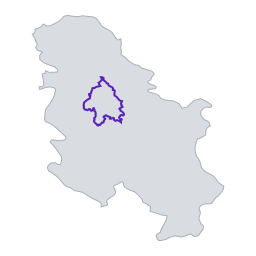 Grad Beograd highlighted on a map of Republic of Serbia
{"feature_id": "SRB-836", "entity_name": "Grad Beograd", "entity_type": "City", "adm_level": 1, "iso_a3": "SRB", "parent_name": "Republic of Serbia", "parent_adm1": "", "projection": "robinson", "projection_center": [20.4, 44.661], "detail": "fine", "context": "in_parent", "style": "outline", "palette": "violet", "viewbox_px": 256, "rotation_deg": 0, "n_neighbors": 0, "source": "natural_earth", "source_scale": "10m", "svg_char_len": 7786}
<svg xmlns="http://www.w3.org/2000/svg" viewBox="0 0 256 256"><path d="M148.1,91.8L155.6,93.9L159.1,95.9L160.9,98.5L165.7,100.2L173.5,101.0L179.0,103.7L182.1,108.2L187.0,107.1L193.9,100.5L200.7,98.7L207.4,101.9L211.0,104.5L211.7,106.6L210.1,107.4L206.4,107.0L203.4,108.3L201.0,111.2L200.7,114.3L202.4,117.6L204.8,119.9L207.8,121.2L209.5,122.9L209.7,125.1L210.5,125.7L208.8,126.7L206.9,128.2L205.9,130.8L205.6,135.1L199.7,138.4L197.5,139.0L196.5,141.2L195.0,147.3L195.2,152.0L196.1,154.4L196.4,156.3L198.4,158.7L200.2,162.3L201.4,167.1L204.0,170.8L210.7,174.5L214.0,176.6L216.4,179.7L218.3,182.5L223.8,186.2L223.4,188.8L222.3,191.4L221.0,192.6L218.3,195.9L215.7,197.8L211.4,203.7L204.5,204.0L202.8,204.5L200.2,206.1L199.0,209.0L200.2,211.3L200.2,213.7L198.9,218.4L200.7,223.3L203.1,225.6L203.5,226.9L203.1,229.2L199.5,233.9L198.4,235.6L194.8,236.5L193.5,236.1L191.6,234.4L189.9,234.0L185.5,235.9L181.1,237.0L177.6,236.2L174.2,236.0L171.8,236.8L170.0,237.1L166.5,239.2L160.8,240.6L158.2,240.3L157.2,238.4L156.2,235.7L156.7,234.4L160.4,232.3L160.8,230.2L166.0,220.3L167.0,217.1L167.0,216.0L165.6,215.3L162.8,215.3L150.0,211.3L150.6,206.7L146.9,204.2L142.8,202.0L142.2,199.5L137.7,194.5L134.4,191.7L130.2,190.3L126.6,188.3L124.5,187.0L123.5,184.7L123.5,183.3L122.4,182.0L120.7,182.1L117.8,184.0L114.2,185.6L113.5,186.7L114.8,189.5L115.8,191.2L115.4,192.9L114.2,195.0L107.3,199.7L106.5,201.3L107.8,204.0L107.0,205.2L101.2,206.9L101.3,205.5L101.0,203.2L97.6,200.7L92.9,198.8L82.5,192.3L78.5,191.4L74.9,190.7L69.8,187.6L67.2,187.0L64.3,184.8L57.9,177.3L52.5,173.2L48.8,171.1L47.8,169.1L47.6,167.0L47.7,166.3L50.5,163.3L52.7,162.9L55.5,162.8L57.3,164.3L59.7,164.6L61.0,162.7L61.7,160.0L61.4,156.5L55.7,148.3L50.8,142.7L50.2,141.4L51.3,140.4L53.0,139.8L54.9,140.3L59.7,140.7L64.3,140.1L65.9,138.8L65.9,136.9L64.2,135.2L58.8,130.5L54.6,126.4L49.7,123.2L46.0,122.0L44.9,120.4L44.5,118.7L44.9,115.5L45.2,111.5L46.0,109.0L49.4,104.3L52.6,99.3L54.6,94.4L55.6,90.0L55.3,88.7L53.6,87.7L50.1,86.8L45.3,87.6L41.1,89.2L39.5,89.3L39.0,87.3L39.6,86.5L40.9,86.6L42.0,86.9L43.1,86.0L43.8,83.3L42.2,74.0L45.3,73.2L45.3,71.8L45.6,70.7L48.8,72.3L53.2,72.3L57.2,72.0L57.8,71.1L57.7,69.7L56.9,68.7L55.5,67.9L54.5,66.6L51.9,66.0L43.6,62.7L39.6,59.1L39.8,55.3L41.0,53.3L42.4,52.5L42.0,51.8L37.3,50.1L35.7,47.7L37.1,44.5L34.7,38.2L32.2,34.3L34.7,32.6L35.1,30.2L35.3,28.9L36.3,28.9L40.3,27.3L41.8,26.0L42.7,24.4L43.6,24.1L46.3,25.7L49.2,25.9L52.4,24.8L54.8,23.4L57.6,22.1L58.9,21.3L60.6,20.0L64.0,16.2L67.8,15.4L72.9,16.3L78.3,16.7L82.4,15.8L92.9,16.9L95.1,17.8L96.5,18.8L99.3,22.1L101.9,26.4L105.5,28.3L109.9,30.7L112.1,32.4L115.4,37.5L118.0,40.0L118.8,39.9L119.7,39.2L120.3,38.7L121.0,39.2L121.0,40.7L121.2,44.2L120.6,47.9L121.5,51.3L121.5,52.4L120.9,53.4L121.0,54.3L121.9,55.2L125.4,57.5L128.7,61.0L132.5,63.5L136.0,65.1L138.2,65.2L141.8,68.1L149.0,70.2L151.3,70.9L152.9,72.0L154.0,73.4L154.1,74.9L153.0,75.6L151.5,77.5L150.8,79.9L149.7,80.6L148.6,80.6L147.7,81.3L147.9,82.3L148.9,83.3L150.4,84.3L153.2,85.2L156.1,86.5L156.0,87.5L155.5,88.7L151.9,89.1L149.2,89.3L148.0,89.8L148.1,91.8Z" fill="#d9dde1" stroke="#a8b0b8" stroke-width="1"/><path d="M84.1,102.5L85.6,101.3L86.6,100.3L87.4,99.7L89.6,98.6L89.8,97.9L90.0,97.7L90.1,97.3L90.1,97.2L89.8,96.8L89.8,96.7L90.1,96.5L90.2,96.4L90.3,96.3L90.4,95.9L90.4,95.7L90.2,95.6L89.9,95.5L89.5,95.4L89.4,95.3L89.2,95.1L89.0,94.8L89.0,94.6L89.1,94.3L89.2,94.0L89.3,94.0L89.5,93.9L90.0,93.9L90.3,93.8L90.6,93.7L90.8,93.6L91.0,93.4L91.1,93.2L91.1,92.4L91.1,92.2L91.5,91.7L91.5,91.2L91.6,90.8L92.1,89.9L92.2,89.6L92.4,89.0L92.4,88.4L92.5,88.4L92.9,88.0L93.1,88.0L94.0,88.1L94.3,88.0L94.5,88.0L94.7,87.9L95.3,87.5L95.6,87.2L96.3,86.8L96.7,86.7L97.3,86.7L98.3,86.5L100.3,85.9L100.0,85.6L99.3,84.4L98.7,83.1L99.1,83.1L99.4,82.2L100.7,81.2L101.8,79.9L101.3,77.7L101.0,77.2L101.5,77.2L101.9,77.2L102.1,77.2L102.3,77.3L102.7,77.5L103.1,77.8L103.5,78.0L103.6,78.3L103.6,78.5L103.4,78.8L103.4,79.0L103.6,79.5L103.7,80.2L103.8,80.4L104.0,80.5L104.3,80.8L105.6,81.7L105.7,81.8L105.8,81.9L106.0,82.4L106.1,82.5L106.4,82.9L106.9,83.3L107.1,83.4L107.3,83.5L107.5,83.6L108.0,83.6L108.3,83.9L108.3,84.1L108.3,84.5L108.3,84.8L108.6,85.2L108.7,85.4L109.4,85.9L109.6,86.1L110.4,86.4L110.9,86.7L111.5,86.9L111.8,87.0L112.0,87.2L112.4,87.5L113.0,88.2L113.1,88.4L113.1,88.5L113.0,88.8L112.8,89.1L112.8,90.0L114.1,90.2L114.7,90.5L114.8,91.2L114.3,94.0L114.3,94.7L114.5,95.3L115.1,95.9L116.3,96.6L116.9,97.2L118.6,99.3L119.6,100.3L120.6,100.9L122.0,101.1L121.3,103.0L121.0,103.3L120.9,103.4L120.9,103.6L120.9,103.8L121.0,104.0L121.4,104.5L121.5,104.6L121.6,104.8L121.6,105.0L121.4,105.4L121.4,105.5L121.6,105.7L122.0,106.0L122.3,106.3L122.5,106.7L122.6,106.9L122.6,107.0L122.4,107.2L121.6,107.3L121.1,107.6L120.6,107.7L120.5,107.8L120.1,108.2L119.5,108.6L119.4,108.7L120.0,109.3L120.3,109.7L120.3,109.8L120.4,110.4L120.4,110.5L120.5,110.8L121.0,110.9L121.3,111.1L121.7,111.3L122.5,112.1L123.0,112.5L123.3,112.7L123.4,113.0L123.7,113.6L124.0,114.0L124.1,114.5L123.4,115.3L123.1,115.5L122.8,115.4L122.0,115.1L121.7,115.0L121.3,115.0L121.2,115.1L120.9,115.2L120.4,115.3L120.2,115.6L120.2,116.2L120.1,116.3L119.9,116.5L119.5,116.8L119.3,117.0L119.2,117.2L119.1,117.3L119.1,117.6L119.2,117.8L119.4,118.1L119.6,118.4L120.1,119.0L120.3,119.2L120.5,119.2L121.0,119.1L121.3,119.1L121.5,119.1L121.7,119.3L121.7,119.6L120.9,120.2L120.8,120.3L120.7,120.6L120.7,120.9L120.8,121.0L120.9,121.4L121.0,121.7L121.0,122.3L120.3,121.8L120.0,121.6L119.8,121.4L119.6,121.1L119.3,120.9L119.1,120.8L118.5,120.8L118.1,120.7L117.6,120.3L117.2,120.1L116.6,120.2L116.0,120.5L115.3,120.9L114.9,120.4L114.7,120.2L114.3,120.0L114.2,119.9L114.0,119.7L114.1,119.4L114.0,118.9L113.9,118.4L113.9,118.2L113.6,117.9L113.3,117.9L113.2,117.9L113.0,118.0L112.5,118.2L111.8,118.4L111.4,118.6L110.8,118.7L110.4,118.9L110.1,118.9L109.9,118.7L109.9,118.3L109.9,118.0L109.9,117.8L110.2,117.2L109.4,116.9L108.8,116.6L108.7,116.5L108.3,116.5L107.8,116.5L107.7,116.4L107.3,116.2L106.9,115.8L106.4,115.4L106.1,115.3L105.7,115.3L104.9,116.0L104.7,116.1L104.4,116.2L104.2,116.2L104.1,116.3L103.9,116.5L103.7,116.8L103.6,117.0L103.8,117.4L104.4,117.9L104.8,118.2L105.2,118.7L105.3,118.8L105.3,119.0L105.2,119.1L104.8,119.4L104.7,119.5L104.2,120.2L103.8,120.6L103.8,120.8L103.8,121.4L103.8,121.5L103.7,121.9L103.4,122.1L103.3,122.4L103.3,122.5L103.1,122.6L102.8,122.7L102.4,122.7L102.1,122.7L101.9,122.7L101.7,122.7L101.6,122.9L101.4,123.1L101.3,123.4L101.2,123.7L101.1,123.9L100.7,124.2L100.4,124.6L100.0,124.9L99.8,125.0L99.6,125.0L99.4,124.9L99.0,124.7L98.9,124.6L98.7,124.6L98.4,124.8L98.4,125.2L98.4,125.3L98.3,125.5L98.2,125.6L97.7,125.5L97.5,125.4L97.4,125.3L97.3,125.2L97.1,125.0L96.9,124.5L96.8,124.3L95.8,123.5L95.3,123.2L95.0,122.9L94.2,121.7L93.9,121.1L94.0,120.8L94.1,120.6L94.2,120.4L94.5,120.0L94.6,119.9L94.6,119.7L94.2,119.1L94.1,118.8L94.1,118.6L94.5,118.2L94.5,117.9L94.5,117.7L95.1,117.3L95.3,117.0L95.4,116.8L95.5,116.4L95.7,115.9L95.8,115.6L95.8,115.3L95.7,115.0L95.7,114.9L95.5,114.6L95.5,114.4L95.5,114.2L95.7,113.7L95.7,113.4L95.6,113.0L95.5,112.4L95.3,111.8L95.0,111.5L94.9,111.4L94.5,111.1L94.4,111.0L94.4,110.8L94.5,110.2L94.5,109.9L94.2,109.5L94.1,109.0L94.1,108.7L93.9,108.3L93.8,108.2L93.7,108.1L93.4,108.2L93.3,108.4L93.2,108.6L93.1,109.0L92.9,109.3L92.7,109.5L92.5,109.9L92.4,110.1L92.3,110.3L92.0,110.5L91.3,110.9L91.2,110.9L90.9,110.7L90.6,110.2L90.4,109.9L90.2,109.4L90.0,109.2L89.7,109.1L89.4,109.1L89.1,109.1L88.9,109.1L88.7,109.2L88.5,109.3L88.4,109.4L88.3,109.5L88.1,109.9L87.9,110.0L87.7,110.1L87.3,110.2L87.2,110.2L86.9,110.0L86.4,109.9L85.9,109.6L85.1,109.5L84.8,109.3L84.6,109.2L84.4,108.9L84.2,108.7L83.9,108.3L83.8,108.1L83.7,107.9L83.8,107.3L84.0,107.1L83.9,106.2L83.9,105.9L83.8,105.7L83.6,105.5L83.5,105.3L83.5,105.2L83.8,104.7L83.8,104.3L84.1,102.5Z" fill="none" stroke="#5b21b6" stroke-width="2"/></svg>